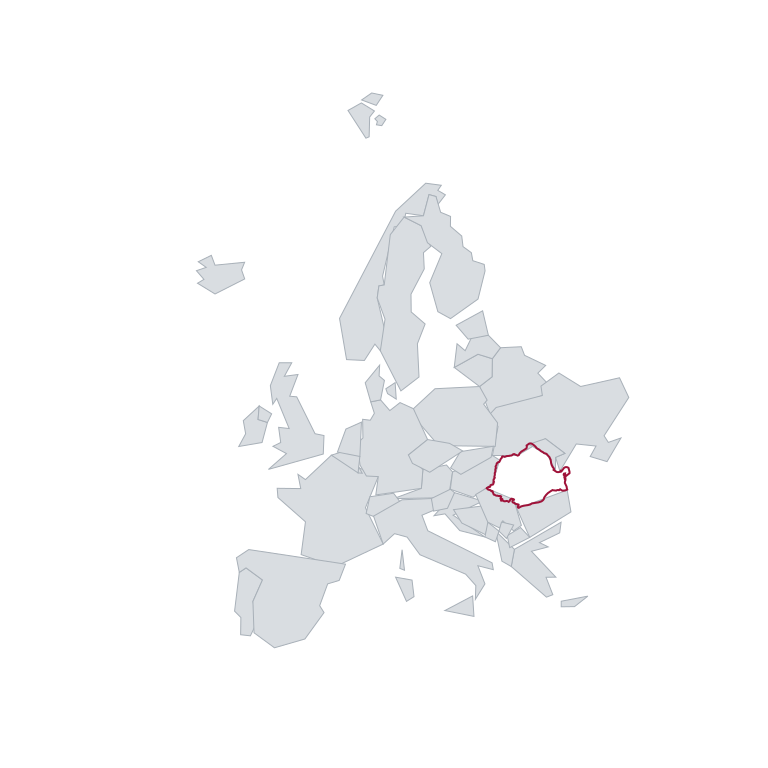 Romania highlighted on a map of Europe, rotated 339°
{"feature_id": "ROU", "entity_name": "Romania", "entity_type": "country or territory", "adm_level": 0, "iso_a3": "ROU", "parent_name": "Europe", "parent_adm1": "", "projection": "orthographic", "projection_center": [24.529, 45.967], "detail": "fine", "context": "in_parent", "style": "outline", "palette": "rose", "viewbox_px": 768, "rotation_deg": 339, "n_neighbors": 37, "source": "natural_earth", "source_scale": "50m", "svg_char_len": 10701}
<svg xmlns="http://www.w3.org/2000/svg" viewBox="0 0 768 768"><g transform="rotate(339 384 384)"><path d="M448.4,115.7L463.6,113.5L472.9,125.7L466.3,129.6L458.7,147.9L455.2,148.0L448.4,115.7ZM509.1,229.4L498.5,235.8L499.7,227.6L493.9,223.3L481.1,241.1L465.5,232.4L458.4,243.3L449.9,240.9L421.3,282.8L419.7,291.6L414.4,290.6L408.5,301.2L403.5,337.7L392.5,351.7L389.8,343.5L374.1,355.0L357.8,347.8L366.0,306.8L456.8,226.8L494.9,211.5L508.7,219.0L503.6,222.5L509.1,229.4ZM486.4,114.1L476.6,121.1L464.9,110.8L476.8,107.9L486.4,114.1ZM480.6,137.6L474.5,142.0L469.8,139.3L471.9,136.6L470.5,133.1L475.9,131.2L480.6,137.6Z" fill="#d9dde1" stroke="#a8b0b8" stroke-width="1"/><path d="M309.4,431.6L345.5,468.4L322.3,492.9L325.9,533.1L273.1,537.0L245.5,513.6L261.3,484.5L244.3,452.0L246.9,443.1L268.8,451.8L271.3,437.5L276.4,445.1L309.4,431.6ZM332.7,561.8L341.5,545.2L336.4,565.2L332.7,561.8Z" fill="#d9dde1" stroke="#a8b0b8" stroke-width="1"/><path d="M392.5,351.7L408.2,323.8L408.5,301.2L414.4,290.6L419.7,291.6L443.4,246.8L462.6,235.4L475.4,249.5L476.9,272.3L467.9,275.5L462.8,291.0L441.4,309.8L435.2,326.5L443.9,342.7L429.6,358.4L419.2,390.0L397.3,396.5L392.5,351.7Z" fill="#d9dde1" stroke="#a8b0b8" stroke-width="1"/><path d="M505.8,391.9L525.5,398.4L525.5,407.6L541.6,424.6L531.5,429.0L536.4,440.9L527.7,451.5L472.2,450.0L472.3,420.6L487.5,416.0L494.2,399.2L505.8,391.9Z" fill="#d9dde1" stroke="#a8b0b8" stroke-width="1"/><path d="M572.5,518.9L585.9,519.3L564.4,536.4L550.5,525.6L559.7,517.9L542.0,508.9L517.0,528.4L517.9,514.0L528.0,513.6L515.1,492.9L483.0,498.6L459.6,489.6L475.2,464.6L472.2,450.0L480.3,446.1L527.7,451.5L529.8,442.2L551.2,436.4L566.7,456.8L606.1,462.6L607.7,484.3L570.9,511.2L572.5,518.9Z" fill="#d9dde1" stroke="#a8b0b8" stroke-width="1"/><path d="M472.3,420.6L474.5,436.0L469.8,438.5L476.1,461.0L465.5,482.1L412.9,461.1L400.8,427.2L402.6,417.6L429.9,406.7L472.3,420.6Z" fill="#d9dde1" stroke="#a8b0b8" stroke-width="1"/><path d="M416.5,490.7L406.4,508.0L394.1,509.8L351.8,494.4L381.5,494.8L389.6,477.9L413.3,482.0L416.5,490.7Z" fill="#d9dde1" stroke="#a8b0b8" stroke-width="1"/><path d="M459.6,489.6L464.7,496.6L449.4,515.9L426.5,521.6L408.2,506.0L416.5,490.7L459.6,489.6Z" fill="#d9dde1" stroke="#a8b0b8" stroke-width="1"/><path d="M497.7,492.2L515.1,492.9L528.0,513.6L517.9,514.0L513.0,526.3L511.3,509.6L497.7,492.2Z" fill="#d9dde1" stroke="#a8b0b8" stroke-width="1"/><path d="M494.2,399.2L487.5,416.0L472.3,420.6L455.5,393.7L482.4,389.9L494.2,399.2Z" fill="#d9dde1" stroke="#a8b0b8" stroke-width="1"/><path d="M498.9,375.9L505.8,391.9L494.2,399.2L482.4,389.9L455.5,393.7L466.6,372.6L471.7,382.0L484.4,370.1L498.9,375.9Z" fill="#d9dde1" stroke="#a8b0b8" stroke-width="1"/><path d="M502.3,351.0L498.9,375.9L478.6,372.3L472.4,355.0L502.3,351.0Z" fill="#d9dde1" stroke="#a8b0b8" stroke-width="1"/><path d="M402.6,417.6L404.8,451.5L381.4,459.0L389.6,477.9L381.5,494.8L336.6,484.6L345.5,468.4L334.6,463.6L332.6,451.1L337.6,429.9L345.0,426.8L351.4,409.3L358.2,412.9L364.5,407.9L365.2,395.9L375.1,397.6L379.9,410.9L392.3,407.1L402.6,417.6Z" fill="#d9dde1" stroke="#a8b0b8" stroke-width="1"/><path d="M463.1,542.7L465.6,548.0L517.0,548.7L512.7,570.4L465.1,579.4L463.1,542.7Z" fill="#d9dde1" stroke="#a8b0b8" stroke-width="1"/><path d="M498.3,655.1L482.1,660.1L469.6,655.5L471.6,650.3L498.3,655.1ZM446.5,585.1L499.8,576.5L494.7,585.9L472.3,587.8L478.9,594.9L461.7,593.0L475.2,625.9L466.0,622.5L466.1,641.2L459.3,641.2L437.4,600.0L446.5,585.1Z" fill="#d9dde1" stroke="#a8b0b8" stroke-width="1"/><path d="M446.5,585.1L437.4,600.0L430.6,591.7L435.5,561.2L446.5,585.1Z" fill="#d9dde1" stroke="#a8b0b8" stroke-width="1"/><path d="M410.9,510.7L434.3,528.8L401.5,531.2L423.4,563.0L402.2,548.0L394.4,527.1L383.5,524.9L410.9,510.7Z" fill="#d9dde1" stroke="#a8b0b8" stroke-width="1"/><path d="M353.8,489.4L357.8,503.5L330.0,507.0L320.9,498.5L330.4,484.2L353.8,489.4Z" fill="#d9dde1" stroke="#a8b0b8" stroke-width="1"/><path d="M330.5,451.1L331.7,459.5L327.9,457.7L330.5,451.1Z" fill="#d9dde1" stroke="#a8b0b8" stroke-width="1"/><path d="M335.5,443.0L327.9,457.7L309.4,431.6L328.8,432.6L335.5,443.0Z" fill="#d9dde1" stroke="#a8b0b8" stroke-width="1"/><path d="M349.3,411.5L335.5,443.0L316.1,430.9L332.3,412.4L349.3,411.5Z" fill="#d9dde1" stroke="#a8b0b8" stroke-width="1"/><path d="M181.4,508.0L189.3,506.2L200.3,523.4L183.7,540.0L181.1,559.9L169.0,571.2L160.3,566.7L166.7,550.7L163.1,542.5L181.4,508.0Z" fill="#d9dde1" stroke="#a8b0b8" stroke-width="1"/><path d="M173.5,569.7L183.7,540.0L200.3,523.4L189.3,506.2L181.4,508.0L184.0,493.3L198.4,490.1L283.5,538.4L271.8,551.3L259.8,550.4L244.5,567.9L246.1,575.9L218.8,593.7L187.2,591.0L173.5,569.7Z" fill="#d9dde1" stroke="#a8b0b8" stroke-width="1"/><path d="M261.4,378.1L249.2,394.9L226.0,390.3L237.0,380.9L239.5,367.8L259.6,359.8L253.7,372.0L261.4,378.1Z" fill="#d9dde1" stroke="#a8b0b8" stroke-width="1"/><path d="M359.4,498.6L387.2,507.9L386.8,519.6L372.4,520.1L372.3,536.7L420.8,589.7L419.5,596.5L406.5,587.3L406.6,606.8L392.1,617.8L397.5,605.1L392.1,590.8L356.4,556.3L350.7,535.2L340.2,527.5L325.9,533.1L326.9,503.6L359.4,498.6ZM359.6,617.3L390.8,613.6L384.7,633.2L359.6,617.3ZM325.6,568.5L339.9,577.1L335.8,593.3L327.1,595.0L325.6,568.5Z" fill="#d9dde1" stroke="#a8b0b8" stroke-width="1"/><path d="M375.1,397.6L365.2,395.9L366.9,376.1L386.7,364.8L382.3,374.7L385.7,380.8L375.1,397.6ZM394.9,386.7L390.0,402.5L383.9,394.3L384.0,389.1L394.9,386.7Z" fill="#d9dde1" stroke="#a8b0b8" stroke-width="1"/><path d="M261.4,378.1L253.7,372.0L259.6,359.8L268.4,371.6L261.4,378.1ZM279.5,391.6L278.7,359.0L272.9,363.1L277.3,344.8L293.8,326.6L305.5,331.1L293.7,341.1L307.1,344.3L291.6,361.6L297.9,364.7L301.8,405.7L309.5,410.6L302.2,427.6L245.5,422.3L268.0,414.0L258.0,402.4L266.6,401.6L270.1,386.7L279.5,391.6Z" fill="#d9dde1" stroke="#a8b0b8" stroke-width="1"/><path d="M297.5,220.4L291.9,226.4L291.6,236.0L258.5,239.4L246.0,223.1L253.4,221.8L249.5,211.0L259.8,211.4L254.4,203.3L268.9,202.0L268.8,212.5L297.5,220.4Z" fill="#d9dde1" stroke="#a8b0b8" stroke-width="1"/><path d="M387.2,507.9L408.2,506.0L410.9,510.7L398.7,522.8L384.7,520.4L387.2,507.9Z" fill="#d9dde1" stroke="#a8b0b8" stroke-width="1"/><path d="M499.7,227.6L498.4,244.0L506.2,251.4L502.5,260.6L509.6,273.7L507.0,284.1L512.6,292.7L511.1,300.7L520.4,308.3L518.9,314.6L502.2,338.4L469.5,346.8L460.2,335.8L463.0,305.8L484.7,283.0L475.2,267.7L475.4,249.5L462.6,235.4L481.1,241.1L493.9,223.3L499.7,227.6Z" fill="#d9dde1" stroke="#a8b0b8" stroke-width="1"/><path d="M463.8,481.3L457.7,490.8L423.4,495.9L416.1,486.2L431.0,474.5L463.8,481.3Z" fill="#d9dde1" stroke="#a8b0b8" stroke-width="1"/><path d="M404.8,451.5L423.9,462.9L433.5,474.7L395.1,482.8L382.1,468.3L381.4,459.0L404.8,451.5Z" fill="#d9dde1" stroke="#a8b0b8" stroke-width="1"/><path d="M424.6,560.9L406.8,541.7L403.9,526.2L433.8,533.5L433.6,549.9L424.6,560.9Z" fill="#d9dde1" stroke="#a8b0b8" stroke-width="1"/><path d="M460.0,566.9L465.1,579.4L442.7,581.8L444.7,569.7L460.0,566.9Z" fill="#d9dde1" stroke="#a8b0b8" stroke-width="1"/><path d="M430.0,520.0L442.3,518.0L463.7,538.4L461.6,565.2L452.4,567.6L445.9,554.3L440.4,559.9L431.4,550.3L430.0,520.0Z" fill="#d9dde1" stroke="#a8b0b8" stroke-width="1"/><path d="M438.6,562.6L431.5,571.2L423.4,563.0L431.4,550.3L438.6,562.6Z" fill="#d9dde1" stroke="#a8b0b8" stroke-width="1"/><path d="M443.0,572.1L438.6,562.6L444.2,555.0L454.5,562.1L443.0,572.1Z" fill="#d9dde1" stroke="#a8b0b8" stroke-width="1"/><path d="M512.8,526.8L513.8,528.1L515.0,528.7L517.8,529.3L518.1,529.2L517.9,528.9L517.8,528.6L517.9,528.3L518.3,528.3L519.0,528.5L520.1,528.1L521.8,526.9L523.4,526.6L524.9,527.1L525.7,527.8L526.2,528.5L526.1,529.3L526.0,529.9L525.8,532.1L525.6,532.9L525.2,533.8L520.7,535.2L521.0,534.6L520.8,533.7L520.6,533.1L521.0,532.4L519.9,532.2L519.5,532.6L519.2,533.2L519.6,534.6L519.1,535.4L518.9,535.8L519.0,536.8L518.7,537.3L518.7,537.7L519.4,537.6L519.1,538.5L517.8,540.2L517.4,541.2L517.7,545.2L517.2,547.5L517.2,548.2L515.7,548.3L515.3,548.3L513.9,548.0L512.3,547.5L511.3,546.3L510.7,545.4L509.4,545.9L509.1,545.8L508.7,545.4L507.7,545.1L506.5,545.2L503.6,543.7L503.3,543.4L501.2,543.8L497.9,544.6L495.5,545.7L492.9,547.4L491.9,548.8L490.7,549.5L489.0,550.0L485.9,549.9L482.7,549.2L479.2,548.5L477.3,548.9L474.8,548.6L471.0,547.7L468.2,547.4L465.4,547.9L464.9,547.5L464.8,547.0L465.0,546.4L465.4,545.9L466.0,545.6L466.4,545.2L466.4,544.8L465.7,544.2L464.2,543.3L463.5,542.7L463.4,542.6L463.4,542.1L463.1,541.7L462.5,541.4L462.0,540.9L461.7,540.2L461.8,539.5L462.3,538.9L462.9,538.6L463.6,538.7L463.9,538.5L463.8,538.1L463.1,537.5L461.8,536.7L460.5,537.1L459.1,538.5L458.1,538.7L457.5,537.7L456.5,537.1L455.0,536.9L454.1,536.5L453.7,535.9L453.1,535.4L451.6,534.9L451.6,534.4L451.9,534.3L452.4,534.3L453.1,534.3L453.2,534.0L453.2,533.8L452.7,533.5L452.2,533.2L451.9,533.0L451.7,532.8L451.7,532.6L451.8,532.4L452.1,532.4L452.3,532.3L452.4,531.8L452.7,531.3L453.0,531.2L453.0,530.9L452.8,530.6L452.5,530.3L452.0,530.1L450.7,529.6L450.0,528.9L449.6,528.9L448.9,528.5L448.2,527.9L447.6,527.1L446.9,526.6L446.8,526.3L446.8,526.1L446.9,525.9L446.9,525.7L446.8,524.9L446.9,524.1L446.9,523.3L446.9,523.0L446.8,522.9L446.7,523.0L446.4,523.1L445.9,522.6L445.3,521.4L444.9,521.0L444.1,520.4L443.4,519.9L443.0,519.0L442.5,518.2L442.8,517.9L444.9,517.6L445.8,518.1L446.2,517.9L446.6,517.6L446.8,517.3L446.9,517.0L447.1,516.7L447.8,516.6L449.6,516.9L450.3,516.4L450.6,516.1L450.8,515.5L451.0,515.0L451.6,514.8L451.6,514.3L451.5,513.8L451.9,512.8L452.2,512.3L452.6,512.2L453.0,511.9L453.8,511.2L453.6,510.5L453.8,510.1L454.6,509.0L455.2,507.9L455.3,507.4L455.4,506.9L455.9,506.4L456.5,505.8L457.3,503.7L457.5,503.3L458.0,503.0L458.4,502.6L458.5,501.2L458.8,500.8L459.4,500.4L460.1,499.7L460.6,498.8L461.0,498.4L461.6,498.4L462.1,498.0L462.8,497.9L463.4,498.1L463.8,498.0L464.3,497.6L465.9,496.1L466.1,495.8L466.4,495.6L467.6,495.1L467.9,494.5L468.3,494.1L468.9,494.1L470.6,495.3L472.5,495.3L472.8,495.3L473.1,495.4L475.6,496.1L476.0,496.0L477.1,496.4L478.0,496.4L478.8,496.0L479.7,495.9L480.5,496.1L481.1,496.8L482.7,498.3L483.2,498.8L483.9,498.7L484.7,498.5L485.5,497.5L488.0,496.3L489.9,496.0L491.8,495.6L493.9,495.2L494.5,494.3L494.9,493.7L495.1,492.5L496.2,492.2L497.3,491.9L497.7,491.7L498.5,491.7L499.1,491.8L500.1,492.3L500.8,493.0L501.1,493.5L501.7,494.3L502.3,495.4L503.1,496.9L503.2,497.6L503.5,498.4L504.1,499.4L505.1,500.5L505.7,501.4L506.6,503.1L507.3,503.8L507.9,504.5L508.3,505.2L508.7,505.9L509.8,506.7L510.7,507.5L511.5,509.8L512.0,510.9L512.3,511.7L512.3,513.4L512.5,514.1L512.2,515.5L511.6,518.1L511.5,520.2L511.7,521.4L511.7,522.1L511.9,522.5L512.2,523.5L512.2,524.3L512.0,524.6L511.6,524.8L511.5,525.0L511.8,525.3L512.3,526.0L512.8,526.8Z" fill="none" stroke="#9f1239" stroke-width="2"/></g></svg>